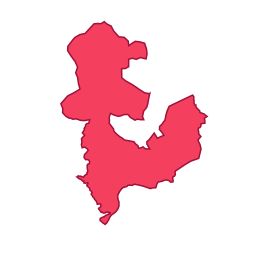 Steni, Paphos, Cyprus (orthographic projection), rotated 12°
{"feature_id": "46923920B12121468549379", "entity_name": "Steni", "entity_type": "district", "adm_level": 2, "iso_a3": "CYP", "parent_name": "Cyprus", "parent_adm1": "Paphos", "projection": "orthographic", "projection_center": [32.467, 35.005], "detail": "fine", "context": "isolated", "style": "filled", "palette": "rose", "viewbox_px": 256, "rotation_deg": 12, "n_neighbors": 0, "source": "geoboundaries", "source_scale": "gbopen_adm2", "svg_char_len": 3568}
<svg xmlns="http://www.w3.org/2000/svg" viewBox="0 0 256 256"><g transform="rotate(12 128 128)"><path d="M184.3,82.4L168.0,94.9L163.7,98.3L162.7,103.5L162.4,107.6L162.5,110.0L162.5,112.7L161.4,114.8L160.5,117.1L158.6,119.9L159.1,123.0L161.7,124.9L164.6,127.8L162.5,129.2L158.8,131.9L154.7,127.5L151.0,135.3L149.3,137.5L149.9,139.9L153.6,144.0L149.4,144.8L146.5,143.3L144.9,144.7L142.6,145.5L141.4,143.3L138.6,141.9L136.7,140.2L131.6,140.3L127.2,140.5L124.5,139.1L121.5,138.1L118.2,136.3L114.8,134.0L114.0,131.9L110.7,129.0L108.7,127.3L108.3,124.4L107.4,121.3L107.8,117.4L111.4,118.2L116.1,118.6L118.7,117.5L121.0,115.8L125.1,114.8L128.2,117.2L133.2,118.9L135.3,117.4L139.1,117.2L141.7,116.6L139.8,113.8L139.8,108.4L142.0,104.0L142.3,100.7L142.1,94.4L142.1,89.6L141.8,90.0L136.8,90.1L131.8,88.2L123.2,84.7L115.9,82.4L111.5,80.2L109.4,71.3L113.0,70.4L115.9,67.9L114.4,60.6L117.7,58.9L121.8,59.1L125.5,56.5L131.3,56.7L131.2,51.5L129.7,46.9L126.6,41.6L121.3,41.3L117.1,41.7L114.4,44.3L111.7,47.3L110.1,42.9L105.4,40.1L100.1,40.7L93.8,36.1L90.3,31.8L85.5,30.6L82.7,28.9L79.9,31.6L76.1,32.2L73.1,33.2L66.3,44.6L61.7,46.5L57.5,50.2L56.0,52.6L52.2,60.6L52.9,64.9L57.3,69.4L62.7,74.3L66.0,78.9L65.4,85.0L68.1,88.8L70.3,94.8L72.9,99.9L68.3,104.3L62.3,109.2L57.3,118.2L60.1,122.4L60.9,126.7L65.5,129.9L65.4,129.9L66.2,129.9L67.8,130.5L70.0,130.5L72.6,130.9L74.6,129.9L77.1,130.0L79.9,130.4L82.7,130.0L84.0,129.8L88.8,127.8L88.7,130.2L88.4,131.7L86.8,132.2L85.9,133.7L86.0,135.7L85.2,137.5L85.8,138.3L84.4,142.3L87.1,144.1L84.7,148.0L85.5,150.5L86.0,152.3L85.7,153.5L87.3,156.9L89.8,155.6L92.8,157.1L93.7,158.2L92.4,160.8L91.0,163.0L91.0,164.4L91.1,165.9L93.1,167.8L94.9,167.3L96.3,167.6L97.6,169.1L97.6,171.0L96.5,171.4L95.8,172.8L96.3,175.2L96.9,177.0L97.6,178.1L97.6,179.1L97.1,180.3L97.5,181.6L96.1,182.7L95.1,184.1L94.6,185.4L93.1,185.3L91.8,184.9L90.7,185.2L89.1,185.2L88.8,186.2L88.2,186.5L90.4,187.7L92.7,188.2L93.8,188.8L94.4,189.3L95.1,189.4L95.9,189.2L96.4,191.0L98.1,190.8L99.5,190.0L100.2,189.9L100.3,191.3L99.5,192.3L100.1,193.3L102.1,194.4L103.2,195.3L103.7,196.8L104.9,197.3L105.1,197.4L106.3,198.4L105.7,199.8L106.0,200.8L107.0,201.5L108.0,202.7L108.7,203.3L109.3,203.4L110.1,204.8L111.2,205.4L112.1,206.2L113.4,208.0L113.8,209.0L115.3,208.5L116.7,207.9L117.4,208.6L117.7,210.3L117.1,211.5L115.9,212.7L116.0,213.2L117.5,214.4L118.6,215.5L119.5,216.1L120.3,215.6L121.1,216.2L121.9,216.3L123.4,215.8L124.0,214.9L125.1,214.6L127.1,214.5L128.1,214.6L128.1,215.9L126.9,216.2L125.5,217.4L124.1,218.3L123.5,219.4L121.9,220.4L119.6,222.2L119.9,224.3L121.2,224.8L122.9,226.0L124.5,226.5L125.6,227.1L127.0,225.2L128.2,221.7L128.9,218.6L130.0,216.5L132.0,214.3L133.5,212.5L135.0,209.1L135.4,206.4L134.6,202.4L133.0,199.7L131.9,196.0L133.1,191.6L134.2,189.2L135.5,187.3L139.0,185.5L140.0,183.9L144.1,183.2L146.0,181.6L149.2,181.6L151.8,181.6L155.7,181.8L159.6,182.3L162.7,182.6L164.0,181.7L166.4,180.9L167.5,180.8L167.8,179.4L167.9,176.6L168.8,174.5L171.8,173.3L175.5,171.0L177.8,170.8L179.4,171.1L180.8,172.1L182.1,171.7L183.1,171.5L183.1,169.8L182.4,168.8L182.1,166.4L183.5,165.4L184.0,163.8L183.4,161.9L183.1,160.5L190.7,152.6L196.4,147.3L203.5,143.0L203.8,133.4L202.2,129.8L198.9,125.2L201.1,121.2L198.5,119.2L197.9,117.0L197.1,115.3L197.0,113.4L198.3,112.6L198.9,111.0L198.5,108.7L200.9,107.7L202.2,107.4L201.5,104.3L200.6,102.6L203.0,100.3L199.5,98.5L198.0,98.2L195.4,98.0L194.4,96.2L192.0,94.7L190.3,93.5L189.7,91.8L189.6,92.0L188.8,91.8L187.3,89.8L187.0,87.5L186.1,85.7L186.0,84.0L185.1,82.9L184.3,82.4Z" fill="#f43f5e" stroke="#9f1239" stroke-width="1.5"/></g></svg>